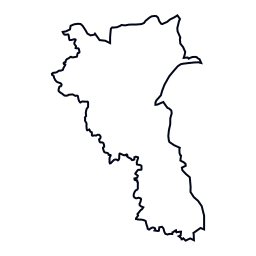 the district of Jebel Saman, Aleppo, Syria
{"feature_id": "27442178B96508006833869", "entity_name": "Jebel Saman", "entity_type": "district", "adm_level": 2, "iso_a3": "SYR", "parent_name": "Syria", "parent_adm1": "Aleppo", "projection": "orthographic", "projection_center": [37.058, 35.942], "detail": "fine", "context": "isolated", "style": "outline", "palette": "ink", "viewbox_px": 256, "rotation_deg": 0, "n_neighbors": 0, "source": "geoboundaries", "source_scale": "gbopen_adm2", "svg_char_len": 5749}
<svg xmlns="http://www.w3.org/2000/svg" viewBox="0 0 256 256"><path d="M180.0,19.0L177.4,15.4L174.4,17.3L170.0,19.5L167.1,21.9L162.1,24.1L161.0,23.6L159.2,21.0L158.0,17.6L156.3,16.1L154.1,16.0L151.5,16.4L149.5,17.6L145.7,20.7L143.9,23.1L141.3,24.1L136.3,24.5L132.5,24.5L128.6,24.7L125.1,25.4L121.5,25.0L120.3,25.8L117.8,26.9L116.4,27.3L115.6,27.3L113.6,27.6L112.2,27.4L110.9,28.7L110.5,32.4L110.1,37.2L110.1,43.1L105.1,40.7L99.6,40.1L95.0,33.7L94.5,34.6L90.6,35.4L87.4,33.6L85.2,29.7L82.7,25.9L80.6,24.0L77.9,23.8L74.2,24.3L70.6,25.8L70.0,29.4L65.8,31.4L62.7,31.9L62.9,32.5L63.8,34.0L64.5,34.6L65.4,34.7L66.8,34.6L67.5,34.4L68.3,34.5L68.6,35.2L69.3,39.5L69.6,40.0L70.0,40.1L71.3,40.0L74.1,39.3L74.8,39.2L75.5,39.5L75.7,39.9L75.3,40.7L74.8,41.7L74.3,42.9L74.3,43.6L74.5,44.1L75.0,44.9L75.9,46.0L76.0,46.6L75.7,47.5L75.6,48.1L76.5,48.3L77.9,48.3L78.4,48.4L78.8,48.9L79.4,51.2L79.4,52.4L78.8,52.9L78.3,52.8L77.8,53.1L77.3,54.4L77.2,55.7L76.8,56.7L74.4,57.1L73.5,57.3L71.9,57.3L71.3,56.9L70.6,56.8L68.8,58.2L66.8,59.2L66.1,60.0L65.8,60.7L65.5,62.3L65.0,62.4L64.4,62.3L63.8,62.9L63.6,63.3L63.9,64.0L64.7,64.2L65.3,64.8L63.3,68.3L63.0,69.6L62.5,70.1L61.5,70.4L60.1,70.7L59.3,70.6L59.0,70.7L58.2,71.2L56.8,72.2L54.9,72.7L53.1,72.8L51.9,73.8L52.1,74.9L52.9,75.4L53.3,75.5L53.7,76.0L53.8,76.4L54.0,77.5L54.3,78.3L54.7,78.9L55.2,80.1L56.0,81.0L56.7,81.7L57.8,82.3L60.3,83.1L61.1,83.7L61.6,84.6L61.3,85.7L60.8,86.3L59.9,86.4L59.5,86.7L59.2,87.1L58.9,88.5L58.6,89.3L58.6,90.9L58.9,91.3L59.7,92.1L61.2,93.1L62.7,94.1L64.2,95.4L64.7,95.6L66.8,95.7L67.8,95.4L68.5,94.8L72.3,94.4L73.4,94.7L74.2,95.3L75.6,95.9L76.2,95.7L76.8,95.6L77.4,95.7L77.8,96.0L77.9,96.5L78.2,97.7L78.4,99.0L79.0,100.7L79.5,101.7L80.3,102.5L81.8,101.7L82.7,101.4L84.0,101.6L85.8,101.7L87.4,101.6L87.9,101.9L88.1,102.9L88.1,104.2L88.1,106.6L87.9,107.3L87.4,107.7L87.2,108.2L86.6,109.0L86.2,110.5L85.8,112.6L86.0,114.6L86.1,116.0L85.3,116.9L84.9,117.7L85.2,118.9L85.0,119.8L85.0,120.5L85.3,121.2L86.1,122.5L86.4,123.2L86.6,124.4L86.4,125.5L86.6,127.7L86.7,129.1L87.0,130.0L87.4,130.3L89.3,129.5L89.8,130.4L90.2,131.5L91.1,132.0L91.8,132.3L91.9,133.0L91.8,134.0L92.0,135.4L92.6,135.8L94.0,135.4L94.9,135.4L96.0,135.6L97.5,134.8L99.1,134.8L99.6,135.2L100.3,136.0L100.6,136.8L100.5,137.8L100.1,138.6L99.4,138.9L99.1,139.5L99.2,140.1L99.6,141.7L100.0,142.2L100.9,142.5L101.8,142.3L102.7,142.6L103.4,143.2L103.9,144.4L104.2,146.6L103.8,147.1L103.3,147.4L103.0,147.7L103.0,148.4L103.6,150.4L104.1,151.8L104.9,152.4L105.7,152.7L106.9,152.8L107.7,153.1L108.4,153.7L108.5,154.4L108.6,154.9L109.1,155.1L109.8,155.0L110.5,155.0L110.7,155.4L109.5,158.2L109.5,159.5L109.6,160.1L109.5,161.6L109.6,162.7L109.9,163.4L110.6,163.3L111.6,162.3L113.2,160.7L113.9,160.0L114.9,159.6L115.5,159.5L116.6,159.6L117.3,159.9L117.9,160.4L118.4,160.1L119.0,159.1L119.2,158.4L119.3,157.1L119.2,156.6L119.3,155.5L119.5,153.7L119.8,153.5L120.2,153.6L123.7,155.2L124.2,155.1L124.9,155.3L125.4,155.2L125.9,154.7L126.6,154.4L127.1,154.7L127.4,155.2L127.0,156.2L127.4,156.7L128.8,157.7L129.7,158.1L131.2,158.9L131.6,159.7L131.9,160.0L132.8,160.1L134.3,159.5L134.3,159.1L134.4,157.3L134.8,157.2L135.6,156.7L137.1,157.0L138.0,157.3L138.1,158.0L136.7,162.3L136.9,163.2L136.9,164.4L137.4,164.5L138.2,164.8L139.5,164.9L140.9,165.4L141.4,165.8L141.5,166.6L141.5,168.6L141.4,169.6L140.8,169.8L138.4,169.8L138.1,169.9L137.4,170.6L135.6,173.1L135.3,173.4L135.4,173.9L137.0,175.0L137.8,175.7L137.5,176.9L136.9,177.9L136.4,178.2L135.3,178.2L134.4,178.5L134.5,179.3L134.7,179.9L135.2,180.1L137.2,180.4L137.2,181.8L137.7,182.0L137.8,182.5L137.9,183.7L137.8,184.8L137.8,186.5L137.8,187.3L137.8,188.7L137.4,189.4L136.8,189.9L135.8,190.3L134.7,191.8L133.8,194.0L133.6,196.0L134.4,197.5L136.0,198.3L137.0,198.2L138.5,197.7L140.7,198.4L141.1,199.1L140.9,199.8L140.7,201.0L140.4,202.1L139.6,203.5L139.6,205.1L140.9,206.3L143.3,207.3L143.1,207.6L142.1,209.1L140.3,210.5L138.5,212.9L137.5,213.9L137.6,214.7L138.0,215.1L138.1,215.4L137.8,216.0L136.0,218.4L136.0,218.8L136.0,219.0L136.8,219.1L137.5,219.4L138.1,219.4L138.6,219.5L140.1,219.6L141.0,219.6L142.7,219.8L144.7,220.5L145.6,221.0L145.9,221.9L146.1,223.2L146.7,225.2L147.4,227.2L147.7,228.8L148.5,229.4L149.5,229.5L150.1,228.7L151.2,228.1L152.2,227.6L152.9,227.5L154.2,227.8L155.1,228.4L155.2,229.6L154.6,230.5L158.0,231.0L158.9,230.7L159.3,227.3L162.0,226.8L163.3,228.3L163.7,229.2L164.1,231.1L164.4,231.9L164.7,232.6L165.4,233.8L166.4,234.1L167.5,234.5L169.3,233.9L172.3,234.0L172.5,232.3L173.2,232.1L173.6,231.8L175.5,230.4L176.0,230.3L176.0,230.9L176.2,231.3L175.9,231.7L176.4,231.9L176.6,232.3L177.1,232.1L178.2,232.0L178.6,231.9L180.1,231.7L181.0,231.7L180.7,234.5L180.7,235.3L179.8,235.8L178.8,236.2L179.1,236.4L180.0,237.2L180.7,237.7L181.2,238.3L181.4,238.5L181.5,238.8L181.6,239.3L182.1,239.3L183.3,238.3L185.6,240.6L190.2,238.4L193.9,240.2L193.7,234.2L193.4,233.0L200.5,228.0L203.6,229.2L204.1,229.4L204.1,215.7L201.7,206.1L198.1,200.9L193.8,197.1L190.5,192.0L190.6,186.7L189.8,177.3L188.3,176.0L186.1,174.2L182.4,170.3L181.9,167.6L185.7,165.8L185.5,163.8L183.5,162.1L182.3,161.6L180.4,160.5L181.0,155.5L180.2,155.0L179.5,153.0L179.4,149.0L179.8,147.8L174.1,145.2L169.4,142.0L168.8,140.2L168.3,136.0L168.9,130.3L170.2,124.4L170.3,118.3L171.7,113.3L171.3,110.5L169.2,108.6L167.5,107.9L165.9,105.8L163.3,102.0L160.0,103.4L157.4,104.6L155.4,104.8L155.4,102.8L156.3,100.5L158.7,97.8L160.9,95.3L162.1,90.9L164.4,84.9L167.1,80.0L169.3,76.2L173.5,71.1L177.8,66.2L180.8,64.2L183.3,63.7L187.3,63.2L193.9,62.5L198.3,62.3L201.2,63.0L199.6,59.3L197.4,58.0L196.8,57.2L195.3,56.9L192.4,57.0L189.8,58.0L188.7,58.7L187.6,57.5L183.7,57.9L184.8,54.3L185.2,51.9L183.1,47.1L180.3,43.6L179.9,39.2L180.3,37.5L177.6,31.4L177.3,28.1L179.1,20.8L180.0,19.0Z" fill="none" stroke="#020617" stroke-width="2"/></svg>